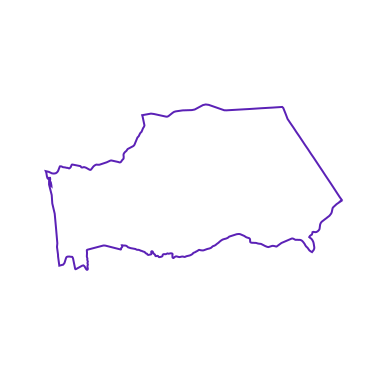 outline of Gaza, rotated 105°
{"feature_id": "MOZ-1207", "entity_name": "Gaza", "entity_type": "Province", "adm_level": 1, "iso_a3": "MOZ", "parent_name": "Mozambique", "parent_adm1": "", "projection": "albers", "projection_center": [33.324, -23.335], "detail": "fine", "context": "isolated", "style": "outline", "palette": "violet", "viewbox_px": 384, "rotation_deg": 105, "n_neighbors": 0, "source": "natural_earth", "source_scale": "10m", "svg_char_len": 6043}
<svg xmlns="http://www.w3.org/2000/svg" viewBox="0 0 384 384"><g transform="rotate(105 192 192)"><path d="M163.5,47.0L163.4,46.7L166.3,49.2L170.1,51.6L171.2,52.0L175.5,51.8L176.8,52.0L179.4,53.1L187.0,58.9L188.0,59.4L189.1,59.7L190.4,59.8L194.2,59.3L195.2,59.3L196.2,59.7L197.4,60.4L198.4,61.4L198.9,62.5L199.1,64.5L199.6,65.2L200.6,65.1L202.1,65.2L202.7,65.8L203.9,66.7L205.2,67.1L205.8,65.9L206.2,64.7L207.3,63.3L208.6,62.1L209.9,61.3L213.9,59.5L215.1,59.3L216.6,59.5L219.0,60.5L218.6,62.1L218.3,62.8L218.0,63.5L216.0,65.9L215.0,67.8L214.5,68.3L214.1,68.8L213.0,69.8L211.7,71.4L211.1,72.3L210.9,72.6L210.6,73.2L210.5,73.6L210.4,74.0L210.3,74.4L210.3,74.8L210.3,75.3L211.2,79.0L211.4,79.8L211.3,80.4L211.1,81.2L210.9,82.0L210.9,82.8L211.0,83.3L211.3,83.8L218.1,92.4L222.7,96.1L222.8,96.3L222.9,96.7L222.9,98.5L223.0,99.5L223.3,100.6L225.4,103.9L225.5,104.7L225.5,105.3L225.3,107.1L224.3,111.7L224.3,112.2L224.6,113.9L224.7,115.2L224.6,116.5L224.7,117.5L225.4,120.4L225.6,121.7L225.5,122.2L225.4,122.5L225.2,122.8L224.8,123.0L222.9,123.6L222.3,124.0L222.1,124.3L221.9,124.6L221.8,125.0L221.7,127.6L221.6,128.1L220.9,130.2L220.3,134.3L220.3,134.8L220.3,135.2L220.5,136.1L221.2,137.9L225.2,144.1L225.6,144.6L226.0,144.9L226.9,145.5L227.1,145.7L227.6,146.3L228.4,147.4L228.9,148.4L230.1,150.2L231.4,151.4L233.3,152.8L233.8,153.0L234.3,153.4L235.9,154.7L237.1,155.5L237.6,156.0L238.1,156.5L238.5,157.2L238.9,157.7L239.2,158.0L240.6,158.9L241.2,159.4L242.0,160.5L243.1,162.5L245.4,165.8L245.8,167.2L246.0,168.5L246.0,169.8L246.1,170.2L246.5,170.7L246.9,171.0L247.2,171.2L247.5,171.5L248.2,172.3L248.4,172.6L249.0,173.0L249.7,173.9L250.4,174.8L251.0,175.2L251.4,175.4L251.8,175.5L252.1,175.8L252.9,176.6L253.2,176.9L253.6,177.4L254.0,178.0L255.5,180.8L255.7,181.1L256.0,181.3L256.4,181.9L256.6,182.3L256.7,182.7L256.7,183.8L256.8,184.4L257.0,185.1L257.8,186.6L258.1,187.2L258.2,188.1L258.2,190.1L258.3,190.6L258.5,191.1L259.1,191.7L259.5,192.1L260.2,192.5L260.5,192.7L260.6,193.0L260.5,193.5L260.3,193.8L260.0,194.0L258.1,194.6L257.4,194.6L257.0,194.7L256.8,194.9L256.6,195.2L256.6,195.6L256.6,196.1L256.7,196.6L256.9,197.1L257.6,198.4L257.7,199.0L257.7,199.4L257.7,199.8L257.9,200.1L258.5,200.8L258.8,201.1L259.0,201.7L259.2,202.7L259.4,203.3L259.7,203.7L259.8,203.8L260.3,204.0L260.6,204.0L261.5,204.0L262.0,204.3L262.4,204.8L263.3,206.5L263.4,207.1L263.2,207.5L263.0,207.8L262.8,208.1L262.6,208.4L262.6,208.8L262.7,209.2L263.1,209.8L263.3,210.2L263.2,210.7L263.0,211.0L262.7,211.2L262.3,211.4L262.1,211.6L261.9,211.9L261.8,212.3L261.5,212.9L261.3,213.2L261.0,213.5L259.9,214.4L259.7,214.7L259.6,215.0L259.6,215.4L259.8,215.7L260.2,215.9L260.6,215.8L261.0,215.7L261.6,215.3L262.0,215.2L262.3,215.2L262.7,215.3L262.9,215.6L263.9,217.5L264.1,218.0L264.0,218.5L263.9,218.9L263.4,219.4L263.2,219.8L263.2,220.6L263.1,220.9L262.3,222.1L262.2,222.4L262.1,224.2L261.9,225.5L262.0,226.6L261.7,227.4L261.7,227.9L261.7,228.7L262.0,230.0L262.0,230.7L261.9,231.2L261.8,231.5L261.7,231.9L262.1,236.8L262.0,238.2L262.0,238.9L262.0,239.3L261.9,239.6L261.7,239.9L261.2,240.9L261.0,241.6L261.0,242.1L261.0,242.5L261.5,244.6L261.5,245.1L261.5,245.8L261.6,246.0L262.2,245.5L262.6,245.3L263.1,245.2L263.4,245.3L263.8,245.5L264.4,245.8L264.8,245.9L265.1,246.0L265.8,245.8L266.0,246.0L266.2,261.4L266.3,262.5L266.6,263.7L274.6,277.7L275.0,278.3L275.5,278.5L278.2,277.6L281.0,277.0L281.7,276.8L282.4,276.4L282.7,276.2L283.2,275.9L283.4,275.8L283.5,275.8L284.3,275.7L284.6,275.5L285.0,275.4L285.9,274.8L286.2,274.6L286.7,274.6L287.5,274.6L287.9,274.5L288.8,273.9L289.2,273.8L290.5,273.8L291.0,273.7L291.3,273.6L293.0,272.8L293.4,272.7L293.8,272.8L294.1,272.9L294.3,273.2L294.3,273.6L293.8,274.4L291.8,276.4L291.3,277.1L291.0,277.9L291.6,279.0L296.5,284.1L296.7,284.6L296.4,285.0L287.0,289.7L286.2,290.3L285.7,290.9L285.8,291.7L286.0,292.8L286.1,293.8L286.4,294.8L286.7,295.6L287.3,296.3L288.5,296.6L293.5,296.8L295.5,297.6L297.5,301.1L288.9,304.7L287.2,305.2L280.0,308.2L276.4,308.8L261.8,314.1L248.5,319.0L239.2,324.0L231.3,326.7L221.8,332.0L219.1,332.7L219.1,332.2L220.2,331.8L221.3,331.0L222.2,330.2L222.7,329.3L221.9,329.6L219.2,330.9L218.7,331.5L217.9,332.1L216.3,332.3L215.1,332.8L215.5,334.3L215.9,334.0L216.9,333.7L215.9,335.3L214.4,336.2L211.1,337.7L209.7,338.7L209.6,335.5L209.7,335.1L209.9,333.9L210.2,332.3L210.2,331.9L210.0,330.5L209.9,330.1L209.6,329.4L209.1,328.4L208.7,328.1L208.3,327.7L207.4,327.2L206.3,326.8L201.7,326.3L201.4,326.2L201.2,325.6L201.1,324.9L201.1,324.6L201.1,324.4L201.4,323.4L201.4,323.0L201.1,320.8L201.1,319.6L201.0,318.9L200.9,318.6L200.9,318.3L200.9,318.0L201.0,317.3L201.0,316.8L200.7,316.4L200.3,316.1L199.3,315.6L198.6,315.5L197.2,315.3L196.8,315.2L196.5,314.9L196.4,314.2L195.9,306.6L196.0,306.3L196.2,306.0L196.4,305.8L196.6,305.5L196.8,305.2L196.8,304.7L196.6,304.0L195.9,302.8L195.9,301.7L196.0,300.6L197.0,296.7L196.9,295.8L196.4,295.3L193.0,293.9L192.2,293.4L191.1,292.5L190.7,292.0L190.3,291.5L190.0,289.8L189.8,289.0L189.5,288.3L185.4,282.1L182.9,279.1L182.7,278.8L182.6,278.4L182.4,278.0L182.1,270.9L182.2,269.8L182.1,269.5L182.0,269.2L181.8,268.8L181.4,268.5L181.0,268.3L179.3,267.7L178.5,267.3L178.3,267.1L177.9,266.9L177.5,266.8L177.0,266.8L175.7,267.1L174.1,267.7L173.7,267.8L173.3,267.8L172.7,267.8L172.0,267.6L171.0,267.2L169.2,266.0L167.2,265.3L166.9,265.0L163.3,261.1L162.8,260.6L162.2,260.2L161.2,259.8L153.5,258.8L151.9,257.9L151.3,257.8L149.2,257.4L148.0,257.0L147.7,256.8L146.9,256.3L143.1,255.8L141.5,255.3L140.9,255.2L140.4,255.2L139.9,255.2L131.8,259.3L130.7,260.0L126.9,251.9L126.5,248.9L125.9,236.3L125.5,235.2L124.7,234.3L120.5,231.2L119.2,230.0L118.3,228.5L115.6,222.2L112.9,213.3L111.6,210.7L105.2,203.9L103.9,201.4L103.5,198.4L104.7,182.0L104.2,179.9L99.5,165.7L96.7,157.2L93.1,146.6L89.6,136.0L86.5,126.9L87.2,125.6L92.4,121.7L96.7,118.6L100.1,114.7L103.5,110.7L107.0,106.8L110.4,102.8L117.3,95.0L120.7,91.0L124.2,87.1L127.6,83.1L134.5,75.3L138.0,71.3L141.5,67.4L144.9,63.5L148.4,59.5L151.9,55.6L155.4,51.7L158.6,48.1L160.9,45.3L163.5,47.0Z" fill="none" stroke="#5b21b6" stroke-width="2"/></g></svg>